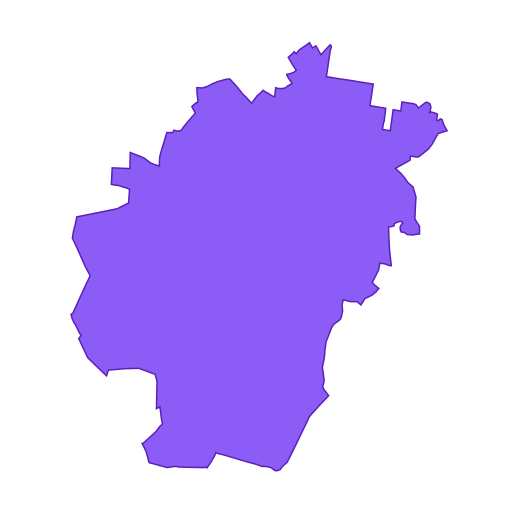 Aba South, Abia, Nigeria, rotated 3°
{"feature_id": "59680162B9128777704300", "entity_name": "Aba South", "entity_type": "district", "adm_level": 2, "iso_a3": "NGA", "parent_name": "Nigeria", "parent_adm1": "Abia", "projection": "robinson", "projection_center": [7.357, 5.077], "detail": "fine", "context": "isolated", "style": "filled", "palette": "violet", "viewbox_px": 512, "rotation_deg": 3, "n_neighbors": 0, "source": "geoboundaries", "source_scale": "gbopen_adm2", "svg_char_len": 3492}
<svg xmlns="http://www.w3.org/2000/svg" viewBox="0 0 512 512"><g transform="rotate(3 256 256)"><path d="M107.8,175.5L107.8,192.1L115.3,192.9L123.6,195.0L126.2,196.0L126.0,209.7L114.8,216.1L99.2,220.1L75.0,226.3L73.9,233.6L72.4,240.9L71.7,248.0L73.6,251.1L76.6,256.9L85.6,274.6L91.4,284.4L87.5,293.7L76.1,322.7L74.4,323.9L75.0,326.2L75.8,328.4L78.3,333.0L79.4,334.2L80.0,335.4L83.9,342.4L85.5,344.4L83.3,347.8L93.3,366.4L106.1,377.6L113.0,383.5L114.5,377.7L130.8,375.4L144.7,374.3L161.4,379.4L163.7,386.2L164.6,413.7L167.9,411.6L168.1,413.4L168.6,414.9L170.0,423.2L171.2,428.3L171.2,429.1L169.1,430.9L165.3,436.6L155.3,446.7L153.3,448.8L152.1,449.1L156.6,457.2L160.0,467.9L171.4,470.4L178.3,471.9L185.5,470.5L187.6,470.3L189.8,470.8L193.7,470.6L195.3,470.7L215.6,470.0L217.1,469.3L217.6,469.5L218.1,470.2L222.4,463.2L223.4,460.6L224.5,459.2L225.4,456.8L226.2,454.4L228.0,455.2L234.1,456.3L257.7,462.0L267.5,464.1L272.9,465.8L277.2,465.7L281.6,466.4L283.9,467.7L285.9,469.2L287.9,469.4L291.2,468.2L293.1,465.3L295.2,462.9L297.8,460.5L301.3,452.8L314.1,422.5L316.1,417.8L317.3,414.3L319.5,411.3L327.8,401.1L335.9,391.7L330.5,385.3L329.7,383.4L329.5,382.1L330.1,379.7L330.6,376.8L329.2,369.1L328.1,363.9L329.6,353.9L329.8,345.9L330.5,338.0L335.1,324.0L337.3,320.0L342.7,315.7L344.1,313.7L345.4,306.5L344.5,300.3L345.4,295.1L352.4,296.6L355.1,296.5L359.6,296.4L360.2,297.0L363.4,299.4L365.7,295.2L367.0,292.8L370.7,290.9L374.6,288.5L376.1,286.9L377.5,286.0L378.2,284.6L380.4,282.0L376.2,279.0L373.5,276.4L379.2,263.5L380.0,256.8L382.9,256.9L385.0,257.1L388.0,258.0L389.9,258.6L391.6,258.6L389.0,242.6L387.7,230.2L386.9,220.1L391.1,219.2L392.2,218.6L392.4,216.9L393.5,215.8L396.3,214.4L399.5,213.8L400.8,215.5L399.9,216.3L398.5,219.0L398.5,221.0L399.1,223.3L399.8,224.5L401.5,224.5L404.1,225.3L405.6,226.6L408.3,226.8L412.5,226.7L414.2,226.0L418.2,225.4L417.7,217.8L412.7,210.7L412.6,195.2L412.7,188.8L409.2,178.8L403.8,174.7L400.6,170.4L396.3,165.9L390.6,161.2L404.8,152.3L405.0,148.1L411.5,148.8L413.5,148.3L422.5,140.3L426.0,135.2L431.4,124.2L440.3,120.9L436.7,115.2L434.7,110.1L432.9,109.4L430.7,111.4L429.5,111.0L429.4,108.4L429.8,104.9L428.7,104.3L423.5,103.0L421.9,103.8L422.9,98.7L421.9,95.1L419.8,93.8L417.6,93.6L410.4,99.7L408.0,96.6L405.9,95.8L401.4,95.3L393.7,94.5L393.0,103.6L385.3,102.7L383.5,123.9L375.7,123.0L376.3,116.1L376.9,115.3L377.8,101.7L361.9,99.9L364.1,78.2L348.2,76.5L340.5,75.6L331.1,74.8L316.9,73.2L318.2,59.6L319.5,46.2L320.3,44.0L320.0,42.2L319.4,41.4L319.1,41.3L318.9,41.4L318.6,41.6L310.3,51.7L304.9,43.0L301.5,45.2L298.2,40.1L297.3,41.1L294.8,43.0L291.2,45.7L288.3,48.0L285.5,51.9L283.4,50.0L282.7,51.0L281.0,52.8L277.8,55.9L282.6,63.2L286.5,68.5L283.7,70.9L279.5,72.4L277.2,73.0L277.4,74.0L277.6,74.2L280.4,78.4L281.8,80.1L283.0,81.9L282.3,82.4L279.0,84.3L276.8,86.4L274.5,87.1L272.9,87.5L269.0,87.5L266.9,86.9L266.2,95.9L264.5,95.6L262.5,94.6L260.1,93.1L257.2,91.8L254.3,90.1L253.7,91.0L251.7,93.2L248.9,95.8L247.3,98.1L246.1,100.1L243.5,103.6L240.5,100.6L237.1,97.3L235.2,95.9L228.1,88.0L220.7,80.6L217.1,81.0L208.7,83.8L207.2,84.5L203.1,86.5L199.2,88.9L193.8,91.0L188.2,90.9L188.3,94.0L188.7,97.1L189.6,102.4L189.9,105.6L188.0,106.2L186.8,107.6L185.6,108.5L184.1,110.2L188.0,116.6L184.6,120.6L177.1,130.6L174.7,134.5L170.7,135.4L167.3,134.7L166.5,137.1L160.5,137.4L159.5,141.6L155.2,158.9L154.7,161.8L154.6,166.3L154.8,171.2L149.9,170.0L145.9,168.6L139.0,163.9L125.0,159.2L125.5,175.3L107.8,175.5Z" fill="#8b5cf6" stroke="#5b21b6" stroke-width="1.5"/></g></svg>